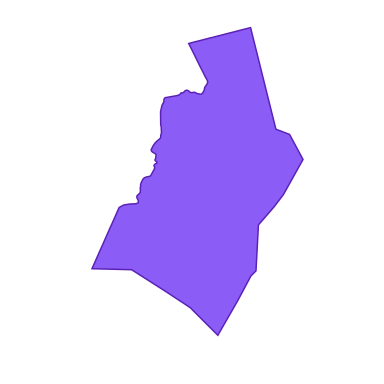 Kidal, Natural Earth projection, rotated 256°
{"feature_id": "MLI-2689", "entity_name": "Kidal", "entity_type": "Region", "adm_level": 1, "iso_a3": "MLI", "parent_name": "Mali", "parent_adm1": "", "projection": "natural_earth1", "projection_center": [2.188, 19.739], "detail": "fine", "context": "isolated", "style": "filled", "palette": "violet", "viewbox_px": 384, "rotation_deg": 256, "n_neighbors": 0, "source": "natural_earth", "source_scale": "10m", "svg_char_len": 2100}
<svg xmlns="http://www.w3.org/2000/svg" viewBox="0 0 384 384"><g transform="rotate(256 192 192)"><path d="M141.8,76.4L145.1,79.0L149.1,82.1L153.1,85.2L157.1,88.3L161.0,91.4L165.0,94.5L169.0,97.6L173.0,100.7L177.0,103.8L181.0,107.0L185.0,110.1L189.0,113.2L194.4,117.4L194.9,118.5L195.8,122.0L195.9,123.2L195.3,129.2L194.3,134.1L194.2,135.2L194.4,136.6L194.7,137.3L195.3,137.5L196.4,137.7L197.4,137.7L199.2,137.2L200.2,137.2L201.3,137.5L201.9,138.1L202.9,140.0L203.6,141.1L204.4,141.7L206.3,142.4L208.2,142.7L209.1,143.0L209.9,143.6L211.6,143.9L213.4,145.0L216.3,147.5L217.3,149.1L217.6,151.1L217.5,155.2L218.0,156.0L223.5,161.1L224.4,161.6L225.4,161.7L226.3,161.5L227.0,161.6L227.7,162.2L228.2,163.3L228.4,164.4L228.7,165.0L229.7,165.1L230.2,164.8L231.0,164.0L231.7,163.8L232.2,163.9L232.6,164.1L233.0,164.5L233.4,164.8L236.3,166.0L237.0,166.1L238.2,165.5L240.1,163.5L241.2,162.7L242.2,162.5L243.0,162.7L243.8,163.3L246.6,165.8L248.4,167.9L249.8,170.2L251.7,174.0L252.2,174.6L252.9,174.9L254.1,175.2L255.0,175.6L256.6,176.6L257.5,176.9L258.0,176.9L262.2,177.8L264.8,177.9L277.5,180.9L283.3,183.8L286.0,186.2L286.8,186.6L288.5,187.2L289.2,187.6L289.8,188.3L290.0,189.0L289.2,200.1L289.2,202.2L289.8,204.2L290.1,204.5L290.3,204.7L290.6,204.9L290.8,205.4L290.7,205.7L290.5,206.8L290.5,207.3L290.9,208.3L291.5,209.2L292.0,210.0L292.1,211.2L291.6,212.5L290.8,213.2L289.8,213.8L288.9,214.7L288.5,215.7L288.3,217.8L288.1,218.7L287.1,219.9L286.5,220.4L286.2,220.9L285.9,221.9L285.2,223.1L284.8,224.1L284.8,225.1L285.6,226.3L286.5,227.3L287.4,228.1L288.4,228.7L290.5,229.7L293.2,232.8L294.3,233.5L294.8,233.7L295.5,233.9L296.7,233.8L300.4,232.8L305.3,231.7L313.2,229.9L316.6,229.2L321.1,228.2L329.0,226.5L336.9,224.7L337.0,231.5L337.0,238.3L337.1,245.0L337.1,251.8L337.1,258.6L337.2,265.4L337.2,272.1L337.3,278.9L337.3,285.7L337.3,288.6L312.1,288.6L276.7,288.6L232.6,288.6L224.3,300.6L196.7,307.6L167.3,280.0L157.7,268.0L144.0,248.5L100.0,235.0L96.4,229.0L75.4,210.0L46.7,182.4L80.2,162.3L101.4,142.8L131.2,114.6L141.6,77.0L141.8,76.4L141.8,76.4Z" fill="#8b5cf6" stroke="#5b21b6" stroke-width="1.5"/></g></svg>